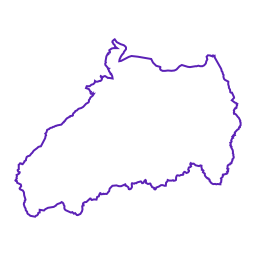 Pedro Moncayo, Pichincha, Ecuador (Albers equal-area conic projection)
{"feature_id": "8360857B86285248238237", "entity_name": "Pedro Moncayo", "entity_type": "district", "adm_level": 2, "iso_a3": "ECU", "parent_name": "Ecuador", "parent_adm1": "Pichincha", "projection": "albers", "projection_center": [-78.291, 0.06], "detail": "fine", "context": "isolated", "style": "outline", "palette": "violet", "viewbox_px": 256, "rotation_deg": 0, "n_neighbors": 0, "source": "geoboundaries", "source_scale": "gbopen_adm2", "svg_char_len": 5812}
<svg xmlns="http://www.w3.org/2000/svg" viewBox="0 0 256 256"><path d="M214.6,55.8L213.0,56.4L212.8,55.5L211.3,56.1L210.3,55.5L207.9,55.3L206.6,56.7L207.3,59.4L206.3,61.3L205.8,63.5L204.2,65.3L202.4,66.2L200.1,66.2L198.4,65.7L196.3,66.3L195.6,66.2L190.0,67.1L187.7,66.8L181.8,65.0L179.5,66.3L176.5,69.5L174.4,70.5L171.4,70.8L167.9,70.5L164.8,70.9L162.7,70.9L161.0,70.1L160.3,69.4L160.1,68.2L160.4,67.1L160.2,66.9L156.2,65.8L153.0,62.6L151.2,59.0L137.8,56.7L131.5,56.0L128.8,56.9L121.1,60.9L119.3,61.2L119.6,59.3L120.9,56.5L122.3,54.4L123.4,53.4L124.0,51.8L126.0,49.2L126.0,47.5L125.5,46.6L123.8,45.2L120.7,44.2L116.7,42.1L114.7,39.3L113.9,39.8L112.5,41.2L112.4,42.2L113.3,43.4L113.4,43.9L114.7,45.1L115.1,46.5L117.1,48.1L113.7,48.1L111.7,48.5L109.3,50.2L109.4,51.0L110.0,51.9L109.9,52.5L108.0,53.3L107.8,53.6L108.2,54.3L107.3,54.7L106.4,56.3L105.5,61.5L105.9,62.5L105.4,63.1L105.2,63.8L105.4,65.0L107.8,67.8L108.0,68.5L108.6,68.6L108.1,69.0L108.7,69.9L109.1,71.3L110.2,72.7L110.4,73.7L111.1,73.8L111.0,74.4L111.9,75.2L112.3,76.6L112.6,78.5L108.6,77.8L108.0,78.0L105.2,76.1L104.4,76.1L102.8,77.1L100.8,76.1L100.7,76.5L102.0,78.6L101.7,79.7L101.1,80.5L100.2,81.0L99.7,80.9L97.5,81.7L95.9,81.7L95.0,81.0L94.8,82.5L93.4,84.1L91.4,84.7L89.7,86.2L86.7,86.2L86.0,88.1L88.9,89.1L90.2,91.3L90.9,91.7L90.5,92.3L90.6,93.3L91.0,93.8L91.5,93.8L92.5,93.3L92.3,93.9L92.6,94.4L93.7,94.1L92.7,95.7L90.4,97.5L89.9,98.9L88.9,100.1L88.9,101.6L88.5,102.4L86.0,103.8L83.3,106.8L81.3,108.0L78.5,108.8L76.8,110.5L75.4,111.0L74.8,112.1L73.3,113.4L72.8,114.6L72.9,115.4L72.4,115.8L70.3,116.0L69.9,116.8L69.3,116.8L68.8,117.3L67.2,118.1L65.6,119.7L65.2,120.7L64.0,121.6L63.8,122.3L63.2,122.5L61.4,124.6L57.2,125.4L56.2,125.9L55.5,125.9L54.0,126.8L53.0,126.9L52.1,127.6L50.8,127.8L49.5,128.5L49.2,129.0L47.2,129.8L46.4,132.5L45.3,133.6L45.6,134.0L46.1,135.3L45.5,136.1L45.2,138.1L40.9,146.3L39.2,146.6L38.0,147.2L37.4,147.9L33.7,150.7L32.1,153.0L31.5,153.4L29.8,155.6L27.7,156.3L26.7,157.0L26.0,159.2L25.9,160.3L24.4,161.3L24.3,162.0L22.6,164.2L22.1,164.2L21.2,163.5L20.2,163.3L19.9,163.4L19.5,164.3L18.7,164.8L18.8,169.2L17.7,170.0L17.7,170.5L18.3,171.7L19.7,172.2L19.7,172.7L18.7,173.9L16.6,175.0L16.9,176.3L16.5,177.8L16.8,178.5L15.4,180.4L15.7,180.9L16.8,181.0L17.2,182.8L20.8,184.5L21.2,186.1L19.6,188.4L19.7,188.8L20.1,189.3L22.8,190.5L23.9,192.3L24.2,195.4L25.5,199.5L25.3,200.3L24.8,200.5L24.6,202.3L24.0,202.9L23.8,204.3L24.6,206.9L25.6,208.6L25.8,210.3L27.1,211.7L27.3,213.1L27.8,213.9L29.4,214.9L30.3,215.8L35.1,216.7L35.9,215.8L37.2,215.3L38.0,214.3L38.3,212.9L39.7,212.5L39.7,209.8L44.0,210.5L45.3,209.2L48.0,207.8L53.7,206.9L56.0,205.5L56.4,204.8L57.6,204.0L60.7,202.9L61.5,202.1L62.5,202.5L63.4,203.5L63.8,205.0L64.5,206.1L64.3,208.0L64.8,209.4L65.7,210.2L71.0,212.6L72.3,212.1L73.9,213.7L75.1,213.1L76.8,215.0L77.8,215.1L80.4,213.9L82.0,211.3L82.5,209.3L82.2,206.2L82.7,205.7L83.6,205.5L83.7,205.1L82.9,204.2L83.1,203.3L84.6,202.2L86.4,202.0L90.1,198.5L90.6,198.5L91.4,199.8L91.8,200.0L93.9,199.4L96.5,199.6L97.2,196.9L98.8,196.4L99.4,194.3L100.2,193.1L100.6,193.3L100.8,194.1L101.1,194.3L102.2,194.2L103.3,193.7L103.9,194.1L105.1,193.8L106.3,194.0L107.1,193.7L108.2,192.1L109.1,191.3L109.7,188.6L112.4,185.8L116.4,185.4L119.0,186.2L121.1,186.2L125.3,184.3L125.5,184.6L125.6,185.7L126.5,185.9L128.3,187.2L128.8,189.1L129.8,189.3L131.1,188.6L132.0,186.9L131.7,184.0L132.1,183.2L134.2,183.7L135.1,183.1L136.4,183.2L137.2,182.4L140.8,181.4L141.3,181.7L142.1,183.1L142.9,183.1L143.6,182.6L144.7,180.5L145.5,180.0L145.9,180.5L146.0,182.9L148.0,184.0L150.1,183.5L150.6,184.0L150.8,185.0L151.4,185.7L152.1,187.1L154.1,187.9L154.2,189.0L154.5,189.3L155.3,189.4L155.8,188.9L156.3,187.5L158.8,186.6L161.1,185.1L162.6,185.1L164.7,185.8L165.8,185.7L166.1,182.6L167.4,181.3L167.7,180.0L169.3,180.6L171.9,180.6L173.0,180.2L173.8,180.8L175.4,180.4L176.0,179.9L176.1,177.4L176.5,176.2L177.1,175.4L177.8,175.3L179.5,175.7L180.8,175.0L183.0,174.8L183.3,174.4L183.2,173.3L184.3,171.9L184.9,171.9L186.5,173.0L188.2,172.3L189.0,171.2L189.0,170.5L188.2,169.7L188.8,167.5L190.4,167.0L191.1,166.3L190.3,164.6L190.4,163.5L190.8,163.1L191.7,164.1L192.9,163.6L193.8,163.7L195.6,165.3L199.0,166.1L200.4,165.4L201.5,165.7L201.4,167.2L201.9,168.8L201.8,169.8L203.1,170.2L203.5,170.7L202.9,172.2L204.8,173.6L204.8,175.0L205.2,176.0L206.7,177.8L207.3,177.9L207.6,178.5L208.5,178.5L208.9,179.2L209.5,179.6L209.5,180.8L210.2,181.3L210.6,182.4L212.0,183.5L213.2,184.1L215.2,183.9L216.2,184.3L217.4,184.0L220.4,184.3L220.5,182.8L221.2,182.0L221.2,180.7L221.5,179.8L220.9,178.4L222.4,177.2L223.0,175.7L222.7,175.1L223.0,174.5L224.7,174.4L225.5,173.9L226.6,173.9L227.5,172.9L227.5,172.6L227.0,171.9L227.3,171.5L228.1,171.3L228.2,170.9L227.7,169.7L228.3,169.0L227.3,168.4L227.6,167.8L227.5,166.9L227.7,165.6L228.6,164.7L229.9,164.4L230.4,163.3L231.2,163.4L231.5,163.1L231.8,161.5L232.4,160.6L232.4,159.3L233.3,158.5L233.8,157.1L233.3,155.6L233.4,154.3L232.8,153.3L233.0,152.2L232.7,150.2L231.4,147.8L231.5,146.8L230.8,146.6L230.9,145.4L230.3,145.1L230.7,144.0L230.3,142.7L231.1,142.4L231.6,141.4L231.2,140.5L232.2,138.2L233.0,137.9L232.4,136.7L233.6,136.3L233.7,135.9L233.3,135.4L233.9,134.8L234.8,134.9L234.5,134.1L235.0,133.4L234.8,132.5L237.4,129.7L238.6,129.1L239.1,127.3L239.9,127.2L239.9,126.2L240.6,125.3L240.6,122.5L240.1,121.7L240.3,120.8L238.8,117.8L238.0,117.1L236.1,114.6L234.7,113.6L234.1,113.8L233.8,112.8L234.2,111.3L233.8,110.4L234.8,108.7L235.2,108.6L235.4,108.1L236.0,108.2L236.5,107.8L236.5,106.5L237.1,105.3L236.7,104.6L237.3,103.9L235.9,102.9L235.0,102.7L231.8,100.3L234.1,97.8L234.0,97.1L232.0,92.7L231.1,92.7L230.3,92.2L230.0,89.6L228.9,87.8L228.9,86.5L228.2,84.3L228.3,81.6L225.0,79.9L224.0,78.8L223.4,76.7L223.6,75.0L222.9,74.0L222.5,72.1L221.7,71.1L221.2,68.9L214.8,57.6L214.6,55.8Z" fill="none" stroke="#5b21b6" stroke-width="2"/></svg>